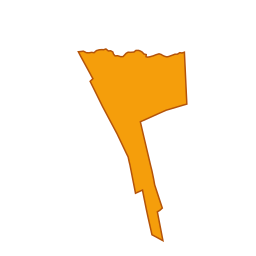 Embakasi South, Nairobi, Kenya (Equal Earth projection), rotated 22°
{"feature_id": "3690345B30654338580609", "entity_name": "Embakasi South", "entity_type": "district", "adm_level": 2, "iso_a3": "KEN", "parent_name": "Kenya", "parent_adm1": "Nairobi", "projection": "equal_earth", "projection_center": [36.875, -1.338], "detail": "fine", "context": "isolated", "style": "filled", "palette": "amber", "viewbox_px": 256, "rotation_deg": 22, "n_neighbors": 0, "source": "geoboundaries", "source_scale": "gbopen_adm2", "svg_char_len": 1114}
<svg xmlns="http://www.w3.org/2000/svg" viewBox="0 0 256 256"><g transform="rotate(22 128 128)"><path d="M151.9,36.6L150.0,38.2L147.8,38.8L146.1,41.1L143.9,42.0L141.6,44.1L138.8,46.6L137.4,47.5L135.2,47.8L132.8,47.7L131.3,47.4L129.0,47.6L126.6,49.5L124.3,51.7L121.7,53.7L119.6,55.0L118.0,55.1L117.4,53.1L115.1,53.4L112.7,52.3L110.6,52.0L108.7,52.1L106.3,53.1L105.0,55.4L102.0,56.9L99.7,57.7L98.3,59.4L96.7,63.6L94.6,64.6L91.2,64.9L89.0,66.0L87.0,65.0L85.4,63.2L83.0,62.9L80.9,63.9L77.9,63.0L76.0,64.6L74.4,65.1L72.0,66.3L69.7,68.1L68.3,70.9L65.9,71.5L63.7,72.9L61.2,73.8L59.4,73.6L57.8,73.5L55.7,74.7L53.4,75.9L57.1,79.1L72.2,91.5L74.3,93.3L77.0,95.4L75.4,98.9L96.7,117.9L120.2,137.6L136.4,152.5L138.9,154.7L140.8,157.5L141.9,159.1L143.5,161.3L153.8,177.1L159.4,185.7L164.7,180.1L166.6,183.1L175.3,196.3L179.5,202.5L190.2,218.0L202.6,219.4L186.6,194.7L188.3,192.5L189.8,189.4L184.1,182.7L178.4,175.9L174.0,170.7L170.8,165.6L166.2,158.7L163.0,154.3L144.6,128.3L137.1,117.6L151.2,102.9L156.6,97.3L170.9,85.9L173.6,83.8L172.4,81.2L165.4,66.0L151.9,36.6Z" fill="#f59e0b" stroke="#b45309" stroke-width="1.5"/></g></svg>